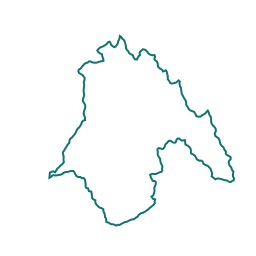 Antônio Dias, Minas Gerais, Brazil, rotated 163°
{"feature_id": "56859067B34077113992648", "entity_name": "Antônio Dias", "entity_type": "district", "adm_level": 2, "iso_a3": "BRA", "parent_name": "Brazil", "parent_adm1": "Minas Gerais", "projection": "robinson", "projection_center": [-42.887, -19.578], "detail": "fine", "context": "isolated", "style": "outline", "palette": "teal", "viewbox_px": 256, "rotation_deg": 163, "n_neighbors": 0, "source": "geoboundaries", "source_scale": "gbopen_adm2", "svg_char_len": 4689}
<svg xmlns="http://www.w3.org/2000/svg" viewBox="0 0 256 256"><g transform="rotate(163 128 128)"><path d="M217.7,103.4L216.0,103.7L214.6,104.6L213.2,104.7L211.3,103.8L209.0,103.4L207.3,103.3L205.9,103.0L204.0,103.3L202.5,104.1L200.7,104.1L199.0,103.7L197.5,103.7L196.0,103.6L194.2,103.3L192.9,103.0L192.2,101.0L191.8,98.9L191.4,97.1L190.0,95.7L187.9,95.1L186.7,93.4L185.0,93.2L184.3,91.3L184.5,89.3L184.9,86.7L185.7,84.4L185.4,82.9L183.8,81.9L183.9,79.1L181.7,77.9L182.0,75.4L182.4,73.4L182.8,71.5L182.1,69.9L180.3,68.4L181.0,66.6L180.8,64.5L179.9,62.6L179.1,61.2L178.2,60.1L176.6,58.9L175.3,57.5L175.9,55.5L175.5,53.6L175.6,51.6L176.0,49.5L175.5,48.1L175.7,46.5L176.2,44.5L174.7,43.5L173.7,42.6L172.6,41.2L170.5,40.3L168.8,39.1L167.8,38.1L166.1,38.5L164.4,37.7L162.4,38.3L160.3,38.6L158.9,38.9L156.2,38.7L154.1,39.1L152.4,39.4L150.8,39.4L149.3,39.0L147.8,39.5L146.5,40.0L144.9,40.3L143.4,41.5L142.0,42.2L140.4,42.7L138.5,42.6L136.1,43.0L134.2,43.7L132.3,44.3L130.8,45.2L129.1,45.7L127.5,46.4L125.8,47.2L124.3,48.3L124.1,49.9L122.9,51.8L125.0,53.2L125.6,55.6L124.2,55.9L123.1,56.7L122.3,58.0L121.5,59.1L120.8,60.8L120.5,63.0L119.2,64.5L118.0,66.0L117.2,68.0L118.0,69.5L119.8,70.2L120.2,72.2L120.6,74.3L120.5,76.8L118.2,77.1L116.6,76.4L115.2,75.9L113.8,75.9L111.9,76.3L110.0,76.4L108.6,76.4L107.6,77.4L107.3,79.2L106.5,80.6L106.3,82.4L106.8,84.2L106.8,86.5L106.3,89.2L106.9,91.2L107.3,92.8L107.3,94.5L106.5,96.2L106.4,97.9L105.8,99.4L104.4,99.8L102.8,98.7L100.7,97.7L98.5,99.2L97.4,100.9L96.2,101.9L94.7,102.4L93.7,103.4L92.0,103.8L90.6,102.9L89.7,101.6L88.6,100.6L87.0,100.2L85.9,101.2L84.9,102.7L83.7,103.4L82.2,103.0L81.2,101.4L80.2,100.2L78.6,100.0L77.1,99.7L77.6,97.3L77.9,95.3L76.1,93.7L74.8,91.8L74.2,89.9L74.5,87.9L75.2,85.4L73.9,84.1L72.9,83.1L72.0,81.6L71.6,79.6L71.3,77.9L70.3,76.8L69.0,75.7L67.2,75.3L66.4,74.0L66.2,71.5L64.9,70.2L63.6,69.2L62.6,68.2L61.9,66.6L61.0,65.1L60.9,63.2L60.8,61.1L61.1,59.2L62.2,57.2L60.8,55.5L59.5,53.4L57.8,53.6L56.0,53.2L54.0,52.0L52.2,50.8L50.6,49.8L48.9,48.9L47.4,47.3L45.6,46.3L44.1,46.8L42.2,47.1L41.3,48.9L41.8,51.0L41.3,52.6L40.6,54.2L40.0,55.5L40.8,57.7L40.8,60.0L41.8,62.4L42.0,64.6L41.6,66.1L40.7,67.3L39.1,68.0L38.3,70.0L39.4,71.5L40.7,72.6L41.7,73.8L41.9,75.3L41.2,76.8L42.0,78.4L42.2,80.1L42.5,82.0L43.8,83.8L44.3,85.9L44.2,87.5L44.1,89.0L44.3,91.4L45.6,93.2L46.8,94.8L46.7,97.5L44.8,99.4L44.4,101.9L45.2,104.0L46.1,105.8L46.8,107.9L46.6,109.9L45.9,112.1L45.6,114.2L46.1,116.0L46.3,117.5L46.3,119.6L46.6,121.3L48.5,120.3L50.4,119.1L52.9,118.7L54.3,118.0L55.6,117.7L57.3,118.2L59.2,119.4L59.5,122.0L60.1,124.2L61.8,125.5L63.5,126.8L64.3,128.1L64.6,129.8L65.0,131.7L65.6,133.2L65.1,134.8L64.8,137.4L65.6,140.0L66.0,142.1L66.5,144.7L66.4,146.7L66.0,148.7L65.6,150.9L66.1,152.7L65.8,155.3L64.9,157.3L65.6,158.7L67.0,158.1L68.5,157.4L70.6,157.4L73.2,157.7L74.5,158.7L74.9,161.0L75.7,163.1L75.0,165.3L74.7,167.0L74.7,168.9L74.5,170.7L75.1,172.2L76.4,171.9L78.0,171.8L78.5,174.0L80.0,175.5L81.3,177.5L81.2,179.4L80.7,181.2L80.9,183.1L81.9,184.4L82.7,185.7L82.2,187.1L81.2,188.2L81.4,190.0L83.6,190.5L85.5,191.8L86.8,193.7L87.4,195.6L88.5,197.6L90.6,199.0L92.3,198.3L93.9,197.6L95.1,196.2L95.2,194.2L96.9,193.5L98.2,192.4L99.3,190.9L101.2,191.6L102.0,193.8L102.0,196.0L103.4,197.4L104.9,199.2L105.3,201.2L106.3,203.2L106.6,204.8L106.1,206.8L105.9,209.0L105.9,210.9L106.0,213.0L107.3,214.9L107.8,217.0L108.9,218.3L109.5,216.8L110.5,215.3L111.8,214.1L112.6,212.7L113.5,211.4L114.7,210.5L115.9,209.5L117.5,209.3L118.8,210.8L119.8,212.6L120.0,214.5L120.3,215.9L121.9,215.9L123.4,214.9L124.9,214.1L126.5,213.7L128.4,213.3L130.8,213.2L133.0,212.3L134.7,211.2L134.2,209.4L133.0,207.6L131.3,206.1L131.6,204.1L131.5,201.4L131.8,199.4L133.5,199.5L135.3,199.8L137.2,199.7L139.3,199.7L141.7,200.5L143.3,201.4L144.3,202.6L145.8,203.1L147.4,202.3L149.2,202.5L150.7,202.1L152.4,201.1L154.1,200.1L155.6,198.8L158.0,198.2L158.9,196.8L158.7,194.9L157.2,193.2L155.9,191.8L155.3,190.2L154.8,188.5L155.6,186.6L156.8,184.9L157.2,182.5L158.0,180.4L158.7,178.8L159.4,177.1L159.9,175.3L160.1,172.7L161.2,170.8L162.3,169.3L163.1,167.9L163.2,166.3L162.6,164.4L162.2,162.3L162.9,160.1L164.1,158.3L165.2,156.8L166.1,155.1L166.3,153.3L166.1,150.5L166.8,148.1L168.5,148.2L170.3,147.2L171.7,145.2L173.2,143.9L174.5,142.8L176.0,142.3L177.6,141.0L178.8,139.6L180.0,138.2L181.9,136.9L183.9,135.6L186.6,134.4L187.7,133.0L188.4,131.0L190.1,130.0L191.7,128.8L192.9,127.5L194.4,126.4L195.5,125.2L196.8,124.4L197.7,123.2L197.8,121.2L197.9,119.2L198.7,117.3L199.1,115.8L199.3,114.1L200.8,113.0L202.1,112.3L203.7,111.7L205.7,110.5L207.4,109.9L209.0,108.4L210.7,106.9L212.0,108.4L213.8,108.5L215.7,108.2L216.6,106.1L217.7,103.4Z" fill="none" stroke="#0f766e" stroke-width="2"/></g></svg>